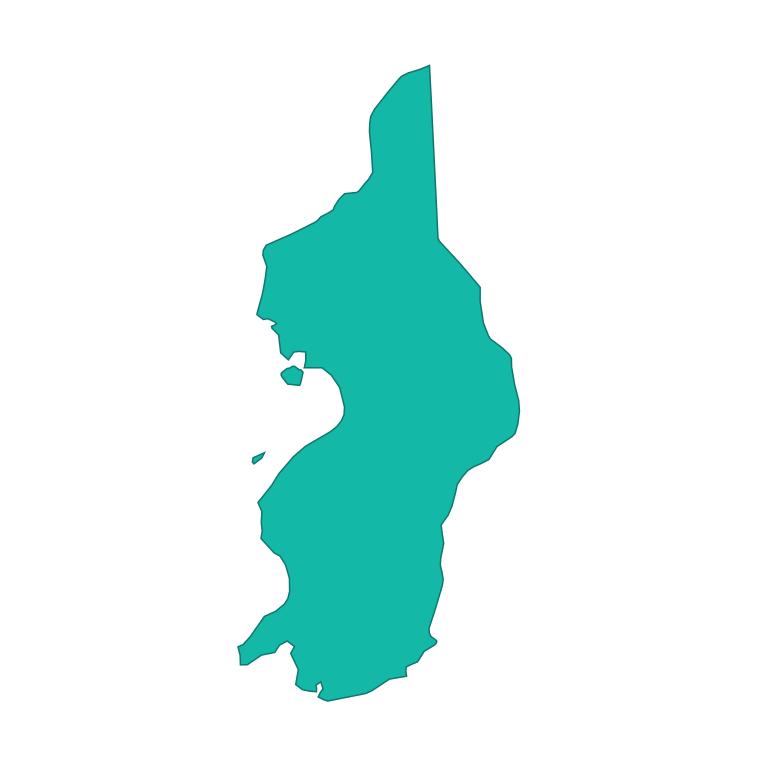 an SVG outline of Tunisia, rotated 188°
{"feature_id": "TUN", "entity_name": "Tunisia", "entity_type": "country or territory", "adm_level": 0, "iso_a3": "TUN", "parent_name": "Africa", "parent_adm1": "", "projection": "equal_earth", "projection_center": [9.904, 33.785], "detail": "fine", "context": "isolated", "style": "filled", "palette": "teal", "viewbox_px": 768, "rotation_deg": 188, "n_neighbors": 0, "source": "natural_earth", "source_scale": "50m", "svg_char_len": 2384}
<svg xmlns="http://www.w3.org/2000/svg" viewBox="0 0 768 768"><g transform="rotate(188 384 384)"><path d="M519.5,435.0L519.4,437.4L517.1,454.7L516.6,460.9L516.3,471.4L516.4,484.1L521.9,494.8L522.1,499.6L520.0,505.0L509.9,511.3L496.9,519.3L485.7,527.0L473.5,535.5L469.7,540.9L463.6,545.1L458.6,549.3L457.6,553.3L454.1,560.9L449.4,567.0L437.7,569.9L435.6,571.7L430.2,580.9L427.7,584.5L424.6,592.0L428.6,611.6L433.5,631.7L434.4,640.1L434.4,647.1L431.7,654.7L425.4,665.5L420.8,673.4L412.0,687.7L409.4,691.2L403.3,695.4L391.6,700.9L383.3,705.8L379.1,684.0L375.5,665.4L372.6,650.1L367.4,623.1L363.1,600.3L358.7,577.6L354.8,556.9L350.9,536.2L349.1,533.2L337.2,523.4L326.1,514.4L314.6,504.2L302.2,493.1L300.3,479.2L294.0,458.2L287.4,446.5L284.9,443.4L271.4,435.9L263.6,430.3L261.4,427.1L260.0,418.6L254.6,401.7L248.3,386.3L246.1,376.0L245.9,362.9L247.3,353.5L250.1,349.5L263.4,337.8L269.6,323.8L277.2,318.5L283.8,314.5L289.1,309.9L293.8,302.5L297.5,294.6L298.1,286.0L299.7,272.5L302.2,263.1L307.8,252.4L305.5,243.8L302.7,234.5L303.6,218.5L302.9,212.0L300.6,206.2L298.2,198.8L298.2,192.7L300.6,176.6L302.5,164.3L305.4,148.4L304.5,143.9L302.4,140.6L296.1,137.1L296.0,134.9L297.6,132.6L307.0,124.9L312.1,113.5L316.3,111.1L322.6,107.0L322.4,102.6L321.0,97.8L337.6,92.5L353.4,78.5L359.0,75.0L395.6,62.2L400.3,63.1L405.6,64.9L404.1,69.7L402.0,73.6L405.1,80.3L409.5,76.2L408.4,73.4L408.1,69.8L415.7,69.5L422.3,70.0L429.6,74.1L429.1,89.3L438.9,104.2L436.1,111.6L444.1,116.0L451.2,110.8L454.8,103.0L467.8,98.4L480.2,87.0L487.1,85.9L488.7,95.2L492.0,103.4L487.3,106.3L481.4,115.0L470.1,137.2L459.7,143.8L451.9,152.3L449.3,158.4L448.6,165.5L450.6,178.3L456.3,191.2L463.0,199.1L469.4,201.5L484.3,213.9L484.1,221.2L486.3,230.0L487.1,240.6L492.3,249.1L481.3,267.7L475.3,281.1L463.4,299.6L452.9,311.6L430.2,329.5L424.6,335.5L421.0,341.7L419.3,348.1L419.9,355.7L427.4,374.4L437.4,385.4L447.6,391.4L465.2,389.0L464.7,396.2L466.0,404.8L473.1,404.4L477.9,403.0L482.0,394.6L490.6,400.4L495.2,418.0L502.6,423.5L503.4,425.5L500.9,426.8L498.8,428.9L501.0,430.3L508.1,432.5L512.4,431.1L519.5,435.0ZM481.9,386.0L480.1,386.4L476.8,388.9L475.1,389.1L470.1,386.4L468.2,386.4L465.8,384.4L466.6,373.9L467.4,370.9L479.4,370.5L486.0,376.8L487.1,378.5L487.3,380.3L484.3,383.8L481.9,386.0ZM503.3,292.8L492.8,299.3L494.8,293.6L501.7,286.8L503.5,288.5L503.3,292.8Z" fill="#14b8a6" stroke="#0f766e" stroke-width="1.5"/></g></svg>